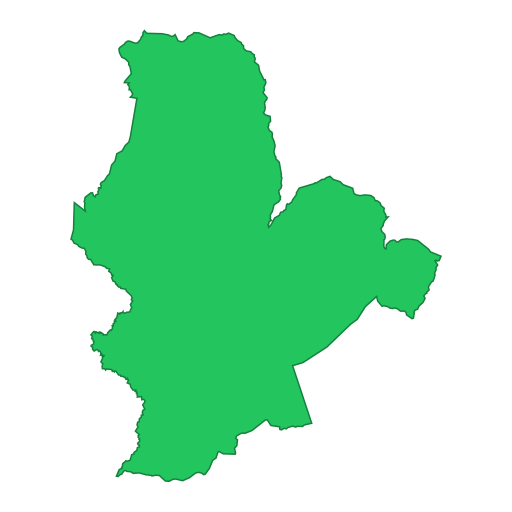 Bibiani-anhwiaso-bekwai Municipal, Western, Ghana
{"feature_id": "2480657B81329004729189", "entity_name": "Bibiani-anhwiaso-bekwai Municipal", "entity_type": "district", "adm_level": 2, "iso_a3": "GHA", "parent_name": "Ghana", "parent_adm1": "Western", "projection": "orthographic", "projection_center": [-2.296, 6.295], "detail": "fine", "context": "isolated", "style": "filled", "palette": "green", "viewbox_px": 512, "rotation_deg": 0, "n_neighbors": 0, "source": "geoboundaries", "source_scale": "gbopen_adm2", "svg_char_len": 5968}
<svg xmlns="http://www.w3.org/2000/svg" viewBox="0 0 512 512"><path d="M281.4,429.9L283.9,428.4L286.2,428.8L287.7,427.6L292.6,426.1L295.6,427.1L297.6,426.3L302.5,426.5L304.4,424.9L311.7,423.3L292.6,365.7L303.1,362.5L326.8,347.1L350.5,324.3L357.3,319.3L365.4,306.6L376.6,296.5L377.7,301.1L382.0,306.3L383.9,305.8L388.0,306.7L389.9,308.1L392.7,308.6L394.4,308.0L397.1,308.6L400.4,311.1L404.6,311.1L406.1,312.6L406.6,315.0L412.1,318.7L413.5,318.1L414.6,310.5L417.7,309.1L418.9,306.1L422.8,302.7L425.1,298.5L423.8,295.9L425.5,293.8L426.8,293.3L426.6,292.3L429.1,290.1L428.4,286.8L431.4,282.1L433.0,281.2L434.2,278.1L435.1,274.6L434.5,273.3L436.1,269.8L436.0,267.4L437.7,265.1L435.0,260.7L436.2,260.2L437.5,261.0L439.2,260.6L441.0,256.2L430.5,251.9L428.6,249.2L417.7,240.5L412.7,239.4L406.4,238.9L401.2,239.6L398.2,241.9L396.5,241.9L395.1,240.4L393.5,240.0L390.0,241.1L386.3,244.9L386.1,248.9L384.8,248.5L383.8,246.3L384.0,239.7L384.7,239.2L385.2,237.0L384.8,234.5L381.7,231.4L380.9,228.6L383.3,225.3L383.1,224.5L384.6,220.9L388.1,216.9L385.9,217.1L385.9,215.1L383.8,211.3L384.2,208.2L381.2,205.7L380.0,202.8L377.2,200.8L375.2,200.6L374.0,197.7L370.9,195.5L365.0,194.9L360.2,195.6L356.6,195.0L354.0,193.5L352.7,188.2L343.2,184.7L340.1,181.7L333.3,179.5L330.0,176.3L326.2,177.7L324.4,179.3L322.1,179.4L316.2,183.0L315.0,182.8L313.9,183.7L299.2,188.1L296.4,192.8L296.3,194.8L292.7,199.6L291.9,201.9L288.5,204.4L287.4,203.8L286.6,204.6L285.8,209.6L283.9,210.4L283.3,211.7L280.6,212.3L279.3,215.3L274.6,218.0L271.3,224.5L268.7,227.3L268.1,224.5L268.9,223.9L268.9,221.9L271.5,220.4L270.0,218.9L270.5,218.0L270.3,214.9L272.4,211.5L274.0,204.8L278.7,201.8L280.5,199.2L280.0,197.8L280.7,196.9L279.6,195.1L278.7,190.8L281.0,188.1L281.7,185.5L281.0,182.9L281.9,177.6L281.2,176.5L281.4,174.7L279.3,162.3L275.6,158.5L276.0,157.1L275.0,156.0L273.9,151.8L275.1,145.8L274.0,141.1L272.2,137.1L272.4,133.7L271.8,132.1L269.4,130.5L268.0,127.0L268.8,125.4L268.5,123.9L270.6,121.1L270.1,116.3L266.0,115.2L263.5,113.1L264.9,110.1L265.2,107.2L264.5,103.0L265.6,100.5L266.6,99.8L267.2,97.8L263.0,92.5L264.4,90.1L263.9,87.4L265.9,82.8L265.3,79.7L264.0,79.8L259.6,71.0L258.6,65.3L254.4,61.8L255.3,58.6L254.2,56.6L254.2,54.7L252.5,53.8L250.7,51.7L246.3,50.9L243.6,48.4L243.5,45.7L241.6,44.1L241.3,42.6L237.5,40.5L234.8,37.2L234.3,35.6L228.6,33.1L225.9,34.3L223.6,34.0L222.2,35.1L219.2,34.6L210.1,37.8L199.1,32.9L193.8,32.6L193.0,33.9L187.6,36.8L186.7,38.9L184.0,41.1L181.9,41.8L178.1,40.9L175.1,34.6L173.5,36.0L171.7,36.5L168.2,34.9L161.9,33.7L146.7,33.3L144.4,30.7L143.0,32.5L142.9,35.6L141.6,36.6L140.4,39.6L137.3,43.1L134.9,43.1L129.5,41.1L127.7,41.1L125.5,42.4L124.3,44.2L119.9,47.4L118.9,48.9L119.5,52.7L121.7,57.2L125.2,58.8L128.7,62.2L128.7,64.8L129.9,66.3L131.3,73.7L125.3,80.7L124.3,82.6L129.2,83.0L127.8,84.6L129.4,86.7L129.1,89.8L130.5,89.7L132.6,93.8L131.9,95.8L130.3,97.2L136.9,98.3L130.4,136.4L128.9,142.0L125.2,145.5L122.1,150.9L116.8,153.7L115.0,161.1L111.6,165.0L109.4,174.1L107.7,175.4L104.5,180.5L101.2,182.6L100.4,184.2L101.1,185.4L100.8,188.1L98.9,187.6L98.3,188.2L98.9,190.0L97.9,191.6L98.3,194.0L96.0,194.7L95.2,196.8L93.4,195.5L92.5,192.8L90.9,192.8L85.2,197.2L84.2,201.7L84.9,203.3L84.5,207.1L85.3,211.1L74.3,202.6L73.5,229.9L71.0,239.2L72.5,240.1L74.1,243.2L77.3,244.4L79.1,246.6L82.2,248.1L84.4,248.3L86.0,251.6L85.6,253.9L87.1,256.2L87.2,257.8L88.7,259.4L90.7,259.5L93.8,264.8L100.5,265.0L105.5,266.9L106.5,268.3L109.6,268.9L108.7,271.3L110.9,272.7L111.9,275.3L113.0,275.2L112.6,276.7L111.6,277.4L112.9,281.0L114.9,281.7L116.0,284.3L117.3,284.6L117.1,285.4L118.8,287.1L120.2,287.0L120.7,288.4L125.7,289.2L126.3,291.0L131.3,295.7L132.1,298.0L131.3,299.8L132.7,300.9L130.4,304.5L131.7,307.5L129.6,312.0L126.6,312.3L125.3,313.1L123.1,312.8L123.0,311.6L122.3,312.6L120.1,313.0L120.3,313.6L119.6,314.1L117.8,313.0L116.8,317.6L114.9,319.6L115.8,321.0L114.3,321.1L114.7,322.7L113.3,323.5L113.3,324.8L112.3,325.6L113.1,326.1L112.3,327.0L112.5,328.3L111.3,330.3L110.3,329.9L107.7,332.8L107.1,334.8L103.2,334.9L103.4,334.1L101.5,332.8L100.3,333.2L100.6,332.3L99.3,331.9L98.2,333.1L96.3,331.9L95.4,333.0L95.0,331.7L93.7,331.5L90.9,334.9L92.3,336.0L91.7,338.7L93.0,339.2L93.1,340.9L93.9,341.3L93.5,344.1L91.2,345.3L91.1,346.3L92.8,347.4L92.5,349.1L94.2,351.1L96.3,349.6L97.5,349.7L98.8,351.5L99.5,351.0L100.2,351.7L101.0,353.2L100.7,354.4L101.9,353.3L101.2,355.2L104.0,355.5L103.5,356.5L102.3,356.8L102.6,358.2L100.9,361.9L102.8,363.9L102.1,366.0L102.4,368.7L104.7,368.7L105.6,370.1L106.5,369.0L111.7,369.6L112.3,371.3L112.9,370.8L114.5,372.0L114.9,371.0L115.9,371.1L118.6,375.0L120.5,375.1L120.8,376.2L123.8,376.6L124.3,377.5L125.5,377.6L125.9,379.3L127.6,379.6L127.7,378.9L128.5,380.4L127.2,382.9L130.3,384.3L130.6,386.8L133.0,390.1L135.8,390.0L135.1,391.4L136.8,391.9L136.4,393.2L137.2,393.4L137.1,395.3L137.7,396.2L137.3,397.0L141.4,396.6L141.8,399.8L143.7,399.3L144.9,400.7L144.8,402.1L142.7,404.9L144.8,409.2L143.0,410.3L142.6,411.2L142.3,412.8L143.2,414.8L141.3,415.1L141.2,417.4L139.4,418.7L139.1,421.8L137.7,422.2L137.0,425.0L138.1,426.8L135.4,431.2L139.3,434.7L138.2,435.6L138.2,437.4L139.4,438.6L139.0,439.4L139.7,439.9L139.7,441.1L137.6,443.3L138.3,445.0L139.4,445.2L139.4,446.7L137.3,447.7L136.9,450.3L134.0,452.4L133.9,454.0L131.7,454.6L130.2,460.1L126.9,461.3L126.1,460.7L122.7,463.7L122.4,466.3L121.6,467.4L122.1,468.2L119.2,469.6L116.4,476.2L118.2,476.5L119.8,474.9L121.8,474.1L123.9,470.9L125.6,470.5L126.9,471.4L130.9,471.8L133.2,473.4L139.1,472.9L146.2,474.8L151.0,475.3L151.9,476.0L155.9,475.2L159.3,475.5L165.4,481.0L169.2,481.3L172.9,479.3L175.6,479.0L182.6,480.7L189.5,477.7L195.8,472.9L198.8,472.4L201.5,473.0L203.8,474.7L205.2,474.2L209.4,468.4L212.7,460.3L216.0,458.1L217.9,452.2L219.0,451.5L223.2,453.8L235.2,454.2L235.6,453.1L234.5,448.2L236.8,445.8L237.5,439.8L235.7,438.3L236.5,436.0L241.3,433.2L245.3,433.2L252.0,430.5L265.5,419.9L267.4,420.0L270.9,425.5L279.7,426.8L279.8,429.3L281.4,429.9Z" fill="#22c55e" stroke="#15803d" stroke-width="1.5"/></svg>